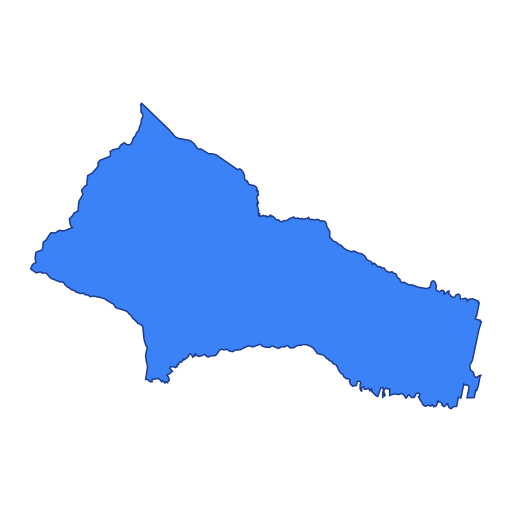 Chicligasta, Tucumán, Argentina
{"feature_id": "61730980B55497812442102", "entity_name": "Chicligasta", "entity_type": "district", "adm_level": 2, "iso_a3": "ARG", "parent_name": "Argentina", "parent_adm1": "Tucumán", "projection": "natural_earth1", "projection_center": [-65.69, -27.245], "detail": "fine", "context": "isolated", "style": "filled", "palette": "blue", "viewbox_px": 512, "rotation_deg": 0, "n_neighbors": 0, "source": "geoboundaries", "source_scale": "gbopen_adm2", "svg_char_len": 6072}
<svg xmlns="http://www.w3.org/2000/svg" viewBox="0 0 512 512"><path d="M30.7,269.0L36.1,272.8L40.4,271.9L42.5,273.2L44.8,272.9L46.4,273.3L50.8,278.3L60.1,281.9L63.3,282.1L65.3,285.1L67.4,287.0L69.4,287.9L70.8,289.4L74.8,290.8L75.7,291.9L80.3,293.5L82.2,293.5L83.6,293.0L85.0,294.7L88.3,295.1L89.9,296.6L94.0,296.2L99.7,297.3L105.8,299.2L106.6,300.2L113.7,304.3L115.7,307.6L125.2,310.7L127.7,312.0L129.0,313.9L130.6,314.9L132.7,318.2L137.2,322.3L137.6,323.2L141.4,325.0L142.7,326.5L144.1,339.6L145.9,345.5L147.1,347.1L147.3,348.6L146.6,350.2L145.6,355.6L146.1,360.2L147.4,365.7L147.4,367.8L145.6,379.5L147.0,379.3L150.3,381.8L152.2,381.7L151.9,379.8L152.3,379.4L158.5,378.4L159.3,379.5L160.3,379.7L161.5,381.8L162.8,380.8L164.8,383.0L165.4,382.7L165.8,381.6L167.6,382.8L168.4,381.0L169.3,380.3L168.7,377.6L167.0,374.9L169.0,374.0L172.4,371.2L170.0,368.5L170.3,366.9L173.8,366.8L175.5,367.6L176.3,366.8L177.1,366.7L177.2,364.5L178.5,364.5L179.3,362.3L181.6,362.1L181.9,361.1L182.8,360.7L183.1,359.2L183.6,359.0L183.9,359.7L184.4,359.7L188.4,356.5L188.9,354.8L189.8,354.1L190.6,354.0L191.9,355.2L192.7,357.2L193.7,356.1L195.0,355.9L194.7,354.5L195.1,353.8L198.1,356.3L199.9,356.3L204.8,354.4L206.8,356.6L208.6,357.0L210.5,355.9L215.1,355.6L216.3,354.8L219.3,350.6L220.5,349.6L222.3,349.3L224.0,350.0L225.6,349.4L227.4,349.5L229.1,350.9L232.6,351.7L235.2,350.1L240.1,349.8L248.3,345.8L252.9,346.9L259.6,344.4L260.7,344.6L262.4,346.1L265.2,347.1L269.9,347.4L271.1,346.4L272.4,345.9L278.3,348.5L281.4,346.9L283.6,346.6L284.4,347.0L287.1,345.5L287.9,345.7L289.4,347.5L290.7,348.0L294.1,347.6L297.5,345.4L301.0,345.3L303.1,344.5L307.2,344.8L308.2,345.5L309.8,345.8L313.6,348.3L317.4,353.6L323.4,355.0L325.6,356.9L326.5,358.4L327.8,358.8L329.5,360.6L332.1,361.6L332.7,363.3L336.4,365.1L339.1,370.9L340.8,373.2L342.9,374.4L343.7,376.6L346.3,378.7L347.8,378.6L349.6,379.5L350.0,380.5L349.5,381.5L350.1,382.4L350.2,383.8L352.6,386.2L356.4,385.4L357.3,381.9L358.4,381.1L360.2,381.6L360.8,383.9L360.1,384.5L360.1,388.9L361.3,391.1L361.8,391.0L361.6,387.8L363.6,386.7L364.1,387.1L364.3,389.2L365.9,389.3L368.4,388.3L370.0,390.8L371.4,388.8L372.0,389.6L371.8,391.5L376.1,395.8L377.8,396.5L380.8,387.7L383.1,387.7L382.9,388.7L383.6,390.1L382.7,392.1L382.7,397.2L385.0,395.6L385.0,394.5L384.5,394.2L384.8,394.1L383.9,392.1L383.8,390.3L385.8,388.3L387.1,388.2L388.2,389.1L389.7,389.0L389.6,395.5L393.5,394.1L396.4,394.0L398.3,394.7L401.6,393.4L404.4,395.5L405.7,398.1L406.5,397.9L407.9,395.4L408.9,394.8L411.7,397.6L414.3,397.3L416.3,393.5L418.8,393.1L419.6,393.6L419.9,394.6L418.4,397.0L419.5,397.9L419.9,399.8L422.1,402.7L422.9,404.8L425.1,406.2L428.3,405.3L430.6,406.2L432.3,404.7L433.0,405.8L434.0,405.9L433.9,406.7L435.5,406.4L436.3,405.7L437.6,402.5L438.5,401.9L437.1,400.7L441.7,402.8L442.2,404.0L441.8,404.7L443.7,406.6L445.3,405.9L446.8,403.6L448.0,403.9L447.8,404.8L449.0,407.4L450.6,408.6L451.4,408.5L453.4,406.7L456.6,406.4L458.4,397.3L460.9,398.0L463.8,383.9L465.1,385.0L467.3,385.0L468.2,385.5L469.1,387.1L467.0,397.8L474.3,397.6L475.7,390.0L476.7,390.5L478.4,385.3L479.9,377.2L480.8,375.3L478.9,375.8L476.9,377.3L475.4,377.2L474.3,375.9L473.4,372.4L470.1,369.6L470.3,368.5L469.7,365.6L472.4,360.3L478.9,329.7L481.3,321.8L480.1,321.5L480.3,320.3L475.4,319.1L475.9,316.0L476.6,316.0L479.2,302.8L478.1,302.3L478.2,301.1L472.7,298.8L469.2,299.1L467.3,301.2L466.9,299.3L466.1,298.6L464.4,298.2L461.8,299.2L460.4,298.8L459.9,295.1L458.4,294.1L456.0,294.9L454.7,297.1L453.5,297.6L451.4,296.2L450.8,296.3L449.8,294.3L448.6,293.5L449.1,291.1L447.5,291.4L446.3,292.9L443.9,294.1L444.4,292.4L443.3,290.5L441.7,290.4L439.4,291.8L436.8,290.5L436.0,289.3L436.4,286.4L435.4,282.8L433.6,280.8L432.4,281.0L431.3,282.1L430.0,287.3L426.8,288.6L418.2,287.2L411.9,284.8L409.2,285.0L404.0,282.2L403.0,282.7L401.0,282.1L400.3,281.0L400.0,279.4L397.1,277.2L396.5,274.9L395.6,273.6L393.9,273.4L392.1,271.8L389.8,272.3L388.0,271.9L386.0,270.8L384.0,267.9L382.0,268.2L380.4,266.6L377.8,266.8L374.5,263.3L372.4,264.1L372.8,263.2L371.9,262.9L370.7,261.4L367.2,260.0L364.8,256.0L361.7,253.7L358.2,253.1L354.1,251.0L351.6,251.7L347.4,250.4L343.9,248.3L341.3,245.5L339.0,244.5L336.1,242.1L333.7,241.3L331.8,239.5L329.6,236.5L329.8,231.4L326.7,226.3L326.3,223.4L324.9,221.4L321.8,220.8L320.1,221.0L319.0,219.9L316.6,219.3L314.3,220.1L312.0,219.3L310.3,219.8L308.6,217.4L306.9,218.5L303.6,219.2L302.1,218.5L299.2,218.8L298.4,218.0L295.4,218.5L293.8,217.0L289.8,218.4L286.6,220.7L284.3,220.5L282.0,221.7L279.8,221.3L278.6,219.9L276.2,219.8L273.1,216.5L272.0,216.0L270.9,216.4L270.6,215.1L267.5,217.1L266.0,215.8L264.6,216.1L263.3,215.3L261.7,216.3L260.4,215.7L259.3,216.2L258.3,215.0L259.3,214.6L259.8,213.7L258.2,212.6L258.7,210.9L257.6,207.1L257.6,205.7L256.5,204.8L257.4,204.1L257.3,203.1L258.1,203.6L258.5,202.9L257.8,201.7L257.5,199.7L256.6,198.2L257.3,195.8L258.5,195.1L257.9,193.3L258.2,191.4L257.8,190.8L256.5,190.9L256.3,189.8L257.1,189.2L256.5,187.4L255.0,186.2L253.4,185.3L252.7,185.5L248.1,184.0L248.1,182.7L247.0,180.9L246.3,181.2L245.7,180.2L245.1,180.1L244.4,178.0L244.5,175.6L242.7,171.3L241.9,171.0L241.3,169.7L240.0,169.0L238.7,169.0L237.6,169.7L216.0,154.7L211.1,153.7L208.8,153.8L200.8,148.9L197.9,149.1L194.3,144.0L191.7,141.6L189.2,140.3L178.1,138.3L175.1,136.7L169.5,130.2L141.8,103.4L141.1,103.8L140.5,105.4L141.1,106.4L141.0,111.5L141.1,112.2L142.8,114.2L143.0,115.8L141.3,120.1L140.9,123.8L139.4,127.2L138.8,130.3L136.4,133.0L135.3,136.1L133.3,138.1L131.8,142.6L130.8,144.0L129.0,144.9L126.7,144.6L124.5,142.7L123.8,143.0L120.5,145.3L118.8,148.4L113.0,149.8L110.1,151.4L110.5,154.4L110.1,155.8L109.4,156.6L100.1,160.2L97.9,162.9L98.2,166.0L96.5,168.3L92.9,172.1L92.7,172.9L87.7,175.5L86.9,182.0L87.1,184.7L84.5,186.5L81.8,190.0L81.6,191.0L82.9,194.4L78.8,201.5L78.0,211.0L74.1,213.0L72.6,215.6L69.4,218.8L70.1,224.0L71.3,226.5L72.4,227.5L64.8,230.6L62.6,230.9L59.3,230.3L55.3,232.9L50.9,232.8L50.3,233.4L46.1,240.0L43.3,242.1L42.5,249.4L41.2,250.3L36.2,252.1L35.8,252.9L35.1,258.8L36.0,262.5L33.5,263.7L32.1,265.3L30.7,269.0Z" fill="#3b82f6" stroke="#1e3a8a" stroke-width="1.5"/></svg>